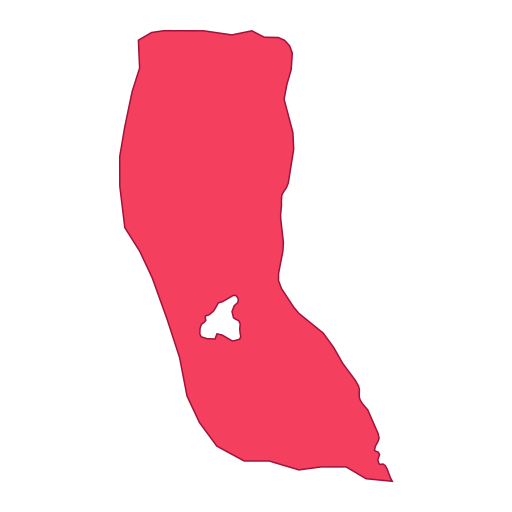 an SVG outline of North-East
{"feature_id": "BWA-4853", "entity_name": "North-East", "entity_type": "District", "adm_level": 1, "iso_a3": "BWA", "parent_name": "Botswana", "parent_adm1": "", "projection": "natural_earth1", "projection_center": [27.629, -21.012], "detail": "fine", "context": "isolated", "style": "filled", "palette": "rose", "viewbox_px": 512, "rotation_deg": 0, "n_neighbors": 0, "source": "natural_earth", "source_scale": "10m", "svg_char_len": 1460}
<svg xmlns="http://www.w3.org/2000/svg" viewBox="0 0 512 512"><path d="M163.8,30.7L203.7,30.8L231.9,34.9L251.9,30.8L264.2,37.2L278.3,37.5L284.6,40.3L289.6,45.8L292.3,53.1L291.2,69.6L286.9,84.4L284.1,99.3L292.9,132.5L293.7,149.2L288.3,183.0L286.4,187.7L283.9,191.3L281.8,195.1L281.4,200.6L281.5,205.4L280.6,214.7L280.7,218.8L283.4,242.3L282.9,251.1L278.6,273.2L278.5,280.5L281.4,288.4L293.5,306.9L298.8,313.3L323.3,333.2L333.7,347.5L342.7,363.4L355.3,380.3L358.6,386.2L359.4,389.6L359.2,396.1L359.8,399.2L362.0,403.1L367.8,410.0L378.2,433.8L379.1,438.2L378.0,441.4L375.3,446.4L374.5,450.4L375.7,451.2L378.2,452.1L379.6,454.5L377.8,459.9L379.2,464.0L380.9,464.4L382.9,464.0L385.3,465.6L387.1,469.0L390.3,477.5L392.3,481.3L366.0,478.7L346.1,466.9L321.3,466.9L298.9,469.9L269.1,461.0L244.2,461.0L216.9,446.2L199.5,422.6L187.0,396.0L179.6,357.6L167.1,319.2L152.2,277.8L139.7,251.2L124.8,227.6L119.8,186.2L119.7,156.7L124.7,127.2L132.1,91.7L139.6,68.1L138.4,40.2L151.6,32.5L163.8,30.7ZM233.6,340.9L239.6,339.2L240.8,336.6L240.2,333.8L239.7,329.0L240.2,323.9L238.7,320.7L235.3,319.0L233.5,317.8L232.0,311.6L234.1,305.9L237.9,302.4L238.3,298.8L236.1,295.6L233.2,295.4L229.9,297.4L222.2,301.8L218.3,302.9L215.6,307.8L213.6,311.0L209.1,314.8L205.5,315.9L205.3,317.4L205.8,320.4L203.8,322.7L201.4,324.3L200.0,328.6L199.8,333.8L201.2,336.8L207.1,338.7L215.0,339.0L217.0,333.8L222.3,335.1L232.0,340.8L233.6,340.9Z" fill="#f43f5e" stroke="#9f1239" stroke-width="1.5"/></svg>